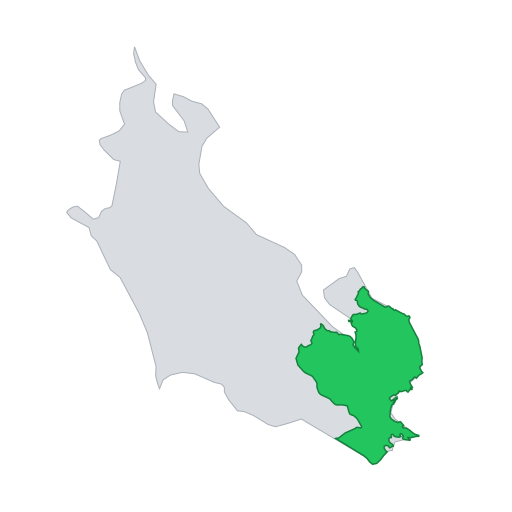 Guanacaste on a map of Costa Rica (Albers equal-area conic projection), rotated 191°
{"feature_id": "CRI-1334", "entity_name": "Guanacaste", "entity_type": "Province", "adm_level": 1, "iso_a3": "CRI", "parent_name": "Costa Rica", "parent_adm1": "", "projection": "albers", "projection_center": [-85.354, 10.467], "detail": "fine", "context": "in_parent", "style": "filled", "palette": "green", "viewbox_px": 512, "rotation_deg": 191, "n_neighbors": 0, "source": "natural_earth", "source_scale": "10m", "svg_char_len": 6836}
<svg xmlns="http://www.w3.org/2000/svg" viewBox="0 0 512 512"><g transform="rotate(191 256 256)"><path d="M450.1,262.6L449.5,264.7L447.5,267.0L444.7,269.3L440.9,270.9L431.8,266.3L422.8,261.1L417.9,263.5L416.1,270.5L412.8,274.0L408.7,275.5L407.0,277.8L406.8,301.1L407.3,323.1L414.1,323.5L425.4,331.1L430.3,335.5L431.9,339.7L430.5,341.7L422.2,346.6L414.2,352.7L410.2,360.3L417.4,372.5L419.0,380.7L418.8,389.4L416.9,393.6L401.3,403.7L397.9,407.2L398.4,409.8L407.1,416.6L411.2,423.2L414.7,431.2L415.2,438.2L407.3,425.3L396.3,413.1L386.8,405.5L386.0,387.8L382.1,378.2L367.8,369.4L355.6,363.3L346.6,364.6L352.2,374.8L366.6,387.8L367.6,392.8L367.4,399.5L357.5,398.5L348.9,395.8L338.3,395.0L331.2,391.1L316.3,375.5L326.8,362.2L330.0,353.4L329.6,335.3L327.1,326.5L315.6,313.2L297.3,298.6L271.7,286.7L259.7,277.1L229.7,269.8L218.4,264.9L209.5,255.8L208.1,249.2L211.2,239.1L203.0,226.4L167.4,201.2L147.5,192.0L143.2,186.5L140.1,184.8L143.1,202.2L151.8,212.7L174.5,222.4L180.8,228.1L183.3,235.5L170.1,249.7L163.4,253.3L161.5,261.1L157.2,263.4L152.6,258.9L134.2,236.7L98.6,226.1L92.2,219.5L78.9,199.2L72.9,180.7L75.1,168.3L89.7,149.1L94.3,140.7L93.3,135.5L93.8,127.9L88.4,122.6L74.9,115.7L66.3,110.1L68.7,107.4L84.1,100.0L85.1,93.2L85.1,91.0L87.6,90.5L89.8,88.8L91.2,86.9L95.4,80.4L99.1,76.8L103.4,76.2L108.6,78.9L128.0,85.9L149.7,93.6L180.5,104.6L193.3,97.5L204.3,92.1L211.9,92.9L228.5,99.1L238.5,101.1L244.6,100.4L255.3,109.6L261.1,116.5L262.0,121.1L265.3,123.6L273.5,124.1L293.8,128.7L306.2,127.7L317.4,122.7L323.5,116.7L325.4,107.4L328.3,112.0L331.6,119.2L333.1,128.6L347.9,159.8L359.6,177.3L385.3,209.0L396.3,214.8L415.1,240.3L421.6,244.4L425.3,252.0L444.7,258.1L450.1,262.6Z" fill="#d9dde1" stroke="#a8b0b8" stroke-width="1"/><path d="M101.8,73.8L105.1,75.5L108.3,78.4L112.0,80.5L123.6,84.8L139.0,90.6L143.1,92.1L142.8,92.3L142.0,92.5L141.3,92.8L140.8,92.8L140.5,92.9L140.1,93.2L134.6,99.4L125.7,105.6L125.4,106.1L125.1,106.6L124.1,107.1L120.2,107.3L119.7,107.9L119.7,108.1L119.7,108.4L120.0,108.9L120.1,109.1L125.3,115.2L126.6,116.2L129.4,117.8L130.1,118.0L132.7,118.4L132.9,118.5L133.2,118.6L133.5,118.7L134.0,119.1L135.0,120.7L137.8,126.3L141.2,126.4L144.2,126.1L146.7,125.5L148.1,125.3L148.9,125.3L149.6,125.3L150.3,125.6L151.2,126.1L154.6,128.4L155.4,129.2L156.1,129.7L157.9,130.3L164.0,131.8L165.3,132.1L166.8,132.8L167.5,133.3L168.3,134.0L169.9,136.6L171.2,139.0L171.7,142.1L172.1,142.9L172.7,143.9L173.1,144.3L176.1,147.1L177.4,148.5L179.0,149.1L185.2,150.7L187.3,151.8L193.9,156.8L194.7,158.2L197.2,163.2L195.5,169.6L195.9,171.7L196.2,172.5L196.4,172.8L196.7,173.3L196.5,174.4L194.7,177.9L192.9,176.5L192.4,176.3L191.7,176.0L191.1,176.0L190.3,176.0L189.8,176.1L189.4,176.3L188.7,176.7L187.7,177.8L187.3,178.2L186.3,178.7L185.6,179.2L185.1,179.7L184.8,180.2L184.6,180.6L184.5,180.9L184.5,181.3L184.6,181.6L184.7,181.8L184.9,182.0L185.7,182.8L185.8,183.1L185.9,183.4L186.0,183.7L185.9,184.0L185.4,185.5L185.1,187.8L185.0,188.1L184.3,189.6L184.2,190.0L184.2,190.3L184.3,190.6L184.4,190.8L184.6,191.1L184.9,191.5L185.1,191.8L185.2,192.3L185.1,193.1L184.9,193.5L184.7,193.8L182.5,194.8L182.0,195.1L179.9,196.9L179.4,197.6L179.1,198.1L179.0,198.8L179.0,199.2L179.1,199.9L179.5,201.1L179.6,201.6L179.4,201.7L179.1,201.8L178.8,201.7L178.5,201.6L177.5,201.0L176.6,200.3L176.2,199.9L174.8,198.1L173.9,197.4L173.7,197.2L172.6,196.7L172.0,196.4L171.7,196.4L171.3,196.3L170.9,196.4L170.3,196.6L170.1,196.6L169.8,196.6L169.5,196.6L169.3,196.5L169.0,196.3L168.6,195.9L168.3,195.8L168.0,195.7L167.7,195.7L167.1,195.9L166.4,195.9L166.0,195.9L165.6,195.9L164.7,195.9L162.4,196.6L161.9,196.2L161.4,196.0L159.9,194.6L157.9,195.3L150.1,195.4L148.1,194.9L146.2,193.6L143.4,190.6L143.4,189.9L144.0,187.7L142.0,185.3L137.1,181.8L137.8,184.2L141.1,186.6L141.9,189.5L142.2,194.9L142.9,198.0L144.2,200.2L142.7,201.2L142.9,202.8L144.3,204.3L147.8,205.5L149.0,206.9L150.5,209.8L151.3,209.8L152.2,209.4L152.6,209.7L152.8,210.5L151.8,210.6L150.7,210.5L149.7,210.2L148.9,209.8L148.9,210.5L151.1,212.5L149.9,216.2L149.2,217.2L146.7,217.8L146.1,218.0L143.2,219.8L142.6,219.9L142.4,219.8L142.2,219.6L142.0,219.4L141.8,219.2L141.0,219.3L139.8,219.7L137.0,221.0L136.0,222.0L135.5,222.9L135.7,223.6L136.1,224.1L136.5,224.5L137.0,224.7L137.5,224.8L138.5,224.7L138.9,224.7L139.3,224.7L140.3,224.9L140.6,225.0L141.1,225.3L141.3,225.4L141.7,225.5L142.7,225.5L143.4,225.6L144.2,226.0L145.1,226.3L145.3,226.5L145.5,226.7L146.0,227.4L146.7,227.9L147.0,228.4L147.1,228.7L147.3,228.9L147.5,229.5L147.6,230.2L147.8,230.8L147.9,231.1L148.1,231.2L148.4,231.3L150.1,231.7L150.3,232.0L150.4,232.3L150.0,233.0L149.6,234.2L148.4,238.6L148.4,239.3L148.6,239.8L148.9,240.2L148.9,240.5L148.2,241.2L147.9,241.6L147.7,242.1L147.4,243.1L147.1,243.6L146.8,243.9L146.5,244.1L146.2,244.4L145.5,245.9L145.2,246.1L144.3,246.4L144.0,246.7L144.0,246.8L143.4,245.3L142.9,244.8L141.8,244.1L139.0,242.9L138.7,242.0L138.8,240.9L138.7,240.1L135.9,237.1L132.1,234.9L119.8,230.5L118.7,230.7L117.1,231.9L116.3,232.2L115.2,231.9L113.6,230.8L112.4,230.5L111.7,230.4L111.4,230.2L111.2,229.9L110.8,229.4L110.0,229.0L109.4,229.2L108.9,229.5L108.8,229.8L102.3,227.7L99.2,227.2L98.5,226.7L97.9,226.2L97.0,225.7L95.7,225.8L94.9,226.3L94.1,226.3L93.1,225.0L93.9,222.8L92.7,219.9L81.0,205.4L80.3,204.1L79.4,201.0L78.0,198.8L73.5,187.8L73.1,184.5L72.6,182.5L72.0,181.0L73.5,179.5L74.2,178.3L73.9,177.4L71.5,174.3L70.0,173.3L70.8,172.2L72.8,170.6L74.2,168.6L75.1,166.7L77.1,167.5L78.1,166.2L79.0,164.4L81.4,162.6L80.5,160.5L78.7,158.3L77.5,157.1L78.3,156.6L78.6,156.4L79.1,156.3L79.1,155.5L77.5,155.5L77.5,154.7L78.8,154.5L79.7,153.7L80.7,151.5L81.5,151.5L83.0,152.8L85.3,151.8L87.6,150.5L89.3,150.7L90.0,150.7L89.9,149.2L90.3,148.5L90.9,148.1L91.5,147.6L92.6,145.7L93.0,145.8L94.4,146.0L97.9,142.4L97.6,141.4L97.0,140.7L95.5,139.6L90.8,144.4L90.7,144.0L90.7,143.7L90.1,143.5L90.1,142.8L91.4,141.3L92.2,140.7L93.2,140.4L92.4,139.6L92.1,139.9L91.9,140.2L91.6,140.4L91.8,139.5L91.9,139.1L93.2,138.8L93.2,138.0L92.4,138.0L92.4,137.2L94.3,135.6L94.7,131.7L94.1,124.0L92.3,122.0L88.6,120.3L84.8,119.6L83.1,120.8L82.4,120.8L79.2,118.2L78.3,117.2L78.8,117.4L79.5,117.1L79.8,116.4L79.2,115.6L78.3,115.4L76.1,115.6L75.2,115.6L71.8,114.3L69.2,112.8L66.2,111.4L61.9,110.9L61.9,110.0L64.5,109.4L69.3,107.2L72.1,106.8L71.6,106.1L71.3,105.7L70.8,105.4L69.7,105.3L69.7,104.5L75.4,104.1L76.8,104.5L77.4,105.4L77.3,106.4L77.0,107.3L77.2,107.7L77.7,107.9L79.2,109.2L79.9,109.2L80.7,108.4L80.7,107.7L79.4,106.4L80.7,105.5L83.1,105.2L85.4,105.3L86.2,105.6L87.2,106.7L88.1,106.9L88.9,106.6L89.2,105.9L89.1,105.1L88.5,104.5L88.5,103.6L90.2,103.0L90.7,101.7L90.3,100.2L89.4,98.9L88.6,98.2L86.6,97.4L85.8,96.9L84.9,95.8L84.9,95.6L85.4,95.4L86.2,94.9L88.0,93.2L89.0,93.8L90.2,94.9L92.5,94.9L93.8,93.6L93.5,91.9L92.3,90.3L90.9,89.2L89.9,88.8L92.7,84.3L94.8,79.8L98.0,75.4L101.8,73.8Z" fill="#22c55e" stroke="#15803d" stroke-width="1.5"/></g></svg>